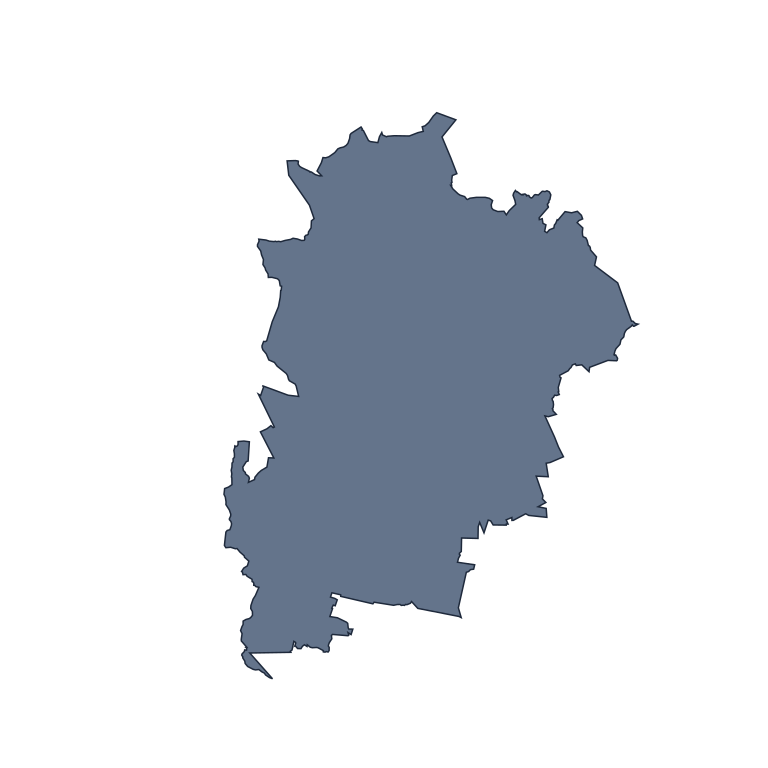 outline of Singuilucan, Hidalgo, Mexico, rotated 242°
{"feature_id": "50627088B74262052277311", "entity_name": "Singuilucan", "entity_type": "district", "adm_level": 2, "iso_a3": "MEX", "parent_name": "Mexico", "parent_adm1": "Hidalgo", "projection": "orthographic", "projection_center": [-98.495, 19.998], "detail": "fine", "context": "isolated", "style": "filled", "palette": "slate", "viewbox_px": 768, "rotation_deg": 242, "n_neighbors": 0, "source": "geoboundaries", "source_scale": "gbopen_adm2", "svg_char_len": 6171}
<svg xmlns="http://www.w3.org/2000/svg" viewBox="0 0 768 768"><g transform="rotate(242 384 384)"><path d="M332.4,183.9L330.6,182.7L327.7,179.5L328.3,176.8L327.5,174.9L316.4,167.3L313.7,167.5L311.8,172.0L308.3,175.4L307.7,177.0L303.2,177.9L298.0,179.9L296.5,179.5L291.1,181.5L287.6,178.0L287.3,173.7L285.3,170.2L284.4,170.7L281.8,170.0L280.7,172.6L278.4,172.9L273.5,175.8L271.5,174.8L270.3,175.6L269.2,175.5L267.4,174.5L266.9,175.3L265.2,175.8L263.2,178.1L257.6,171.1L255.5,167.4L250.9,162.5L248.3,160.9L244.9,161.0L241.5,159.3L240.3,156.5L240.2,154.7L240.9,151.6L240.8,148.3L237.8,146.7L236.4,144.6L233.6,141.6L230.2,141.5L225.6,138.1L224.1,137.4L215.9,139.3L216.2,138.4L215.2,138.8L213.6,137.7L214.6,136.1L213.4,135.2L212.3,131.9L211.4,131.1L209.2,131.2L208.5,130.7L204.7,131.0L202.4,130.2L198.6,131.0L193.5,134.5L191.9,136.3L190.6,139.5L187.2,141.0L184.8,142.7L182.8,142.8L178.6,145.0L176.1,147.2L209.5,139.2L190.8,175.8L192.0,175.8L192.3,177.9L199.1,183.6L197.4,184.6L196.6,184.4L194.6,182.3L194.6,182.7L191.0,183.5L189.3,186.4L190.7,188.9L191.1,191.3L188.4,192.8L189.8,193.8L186.2,195.3L184.8,196.9L183.0,200.8L182.1,201.9L177.0,205.3L176.1,204.6L175.7,204.9L174.9,206.2L174.8,207.5L173.6,208.8L174.4,210.4L177.3,212.0L178.7,211.8L179.9,212.7L181.3,214.3L183.5,218.3L186.6,219.5L187.1,220.9L178.6,234.1L178.8,235.0L181.4,235.5L178.2,237.3L182.2,241.4L184.1,237.9L185.5,237.9L189.7,239.6L191.4,239.0L199.5,233.1L204.1,227.0L209.8,233.1L210.5,232.6L211.6,234.0L212.6,235.4L211.1,236.8L215.4,241.4L217.8,239.9L221.0,236.7L224.1,240.0L218.2,246.8L216.8,246.1L195.1,271.0L196.0,272.8L184.1,288.6L183.1,292.1L181.8,294.7L180.4,295.3L179.7,297.2L178.9,298.1L179.2,299.7L178.4,300.6L178.0,304.4L179.0,306.2L170.0,308.5L143.6,341.0L141.5,342.5L151.5,344.6L179.1,368.3L178.7,370.7L179.5,373.2L178.4,376.2L181.8,379.2L192.1,365.2L195.2,368.0L197.1,370.9L198.3,370.6L199.2,371.2L199.8,373.6L211.6,380.2L203.5,394.5L213.8,400.2L216.9,403.5L205.6,402.4L214.9,412.1L213.1,413.9L208.3,414.2L202.0,425.7L202.9,426.3L202.1,427.8L206.7,428.1L206.1,434.2L203.5,432.9L202.9,434.1L202.9,448.2L200.0,450.1L189.8,465.2L198.0,468.8L203.3,462.4L203.4,471.3L208.2,469.9L210.7,471.9L231.2,475.1L225.0,485.5L237.9,490.0L236.7,493.8L235.5,508.3L246.5,508.5L257.2,509.7L280.3,511.1L278.0,513.7L276.3,521.9L281.0,520.6L282.3,521.2L283.1,521.0L283.7,522.2L286.2,524.0L289.3,525.2L290.4,525.0L292.3,525.6L292.7,527.4L294.0,529.4L292.8,531.0L292.4,533.8L295.2,534.0L295.2,534.7L299.2,536.3L306.3,543.2L307.5,542.6L309.2,543.1L309.2,552.9L310.4,555.2L310.8,556.9L312.4,559.3L312.0,562.4L310.1,562.4L308.1,567.6L298.6,570.8L302.2,573.4L299.7,592.8L295.3,600.3L295.5,601.1L297.0,602.3L300.9,602.2L301.1,601.2L301.8,600.8L304.6,603.3L306.3,605.4L308.3,611.0L311.7,613.9L313.0,617.8L315.8,620.0L317.2,621.9L318.1,623.8L318.9,629.3L319.6,630.9L317.9,631.4L317.6,631.9L317.6,636.4L319.4,634.3L322.7,633.2L323.3,632.0L363.6,637.8L389.8,625.6L396.5,631.3L405.2,629.3L407.8,630.2L409.3,630.2L410.3,629.5L415.5,630.8L418.3,630.8L420.5,629.0L421.9,629.1L425.1,630.5L428.5,632.8L435.8,630.3L436.8,632.7L436.5,636.9L440.3,637.5L445.7,635.8L447.1,630.0L451.2,624.8L447.0,614.4L447.7,614.0L445.2,611.0L444.4,609.1L442.0,607.2L442.5,602.4L441.1,598.9L443.4,597.5L448.5,601.7L451.2,599.8L455.7,601.3L456.2,598.3L457.9,599.0L462.9,612.1L463.6,612.4L464.5,612.0L465.0,612.6L466.0,612.6L467.1,615.1L468.1,615.4L469.0,616.6L468.9,617.0L472.7,620.1L475.9,620.2L478.1,618.6L478.3,616.5L479.7,614.6L479.8,614.0L478.4,609.1L480.2,606.5L480.3,605.5L479.0,602.5L479.1,601.3L480.9,600.3L482.3,600.4L482.9,599.8L483.2,598.2L483.7,598.3L483.7,598.6L485.6,597.7L486.4,595.3L485.9,595.3L486.6,594.1L491.3,591.9L491.4,591.3L493.2,590.9L491.6,588.0L490.0,586.5L484.3,585.7L480.8,584.6L478.3,576.0L475.9,571.4L480.2,571.0L482.9,565.4L486.6,562.2L488.9,561.7L491.9,562.8L495.0,566.0L498.5,564.2L501.3,561.0L505.4,553.3L507.7,547.1L507.7,544.4L508.3,543.8L511.6,543.2L515.1,539.8L517.1,538.7L523.9,536.4L528.0,536.1L527.4,536.9L530.0,537.8L530.1,538.7L532.3,539.5L536.0,542.2L535.5,547.1L552.1,549.1L574.9,551.2L583.5,571.5L598.8,557.9L597.5,553.4L593.9,546.3L592.7,541.4L593.2,538.5L588.6,537.3L590.0,532.0L591.1,522.8L598.4,509.6L601.0,503.6L601.2,502.2L604.6,499.6L607.1,500.1L604.5,496.1L600.0,491.9L604.5,485.7L606.3,484.6L617.6,484.8L618.6,483.8L619.4,484.6L621.7,484.4L620.7,472.6L619.9,471.0L616.8,468.8L613.4,465.1L612.4,462.5L612.2,459.5L613.1,456.3L613.3,453.7L611.4,449.1L610.5,441.9L611.1,438.7L612.6,436.4L608.8,432.6L603.5,424.9L597.1,426.7L598.0,424.8L601.3,421.5L605.3,419.4L605.8,418.2L606.3,418.4L613.8,412.8L615.8,411.7L618.5,411.4L620.9,413.0L621.4,412.6L622.9,410.6L626.5,403.2L613.0,397.9L576.9,402.1L562.8,399.9L562.1,396.5L556.1,392.9L553.7,388.7L551.8,387.4L551.6,386.2L552.0,384.9L551.4,383.1L548.8,381.9L548.3,381.0L549.4,378.6L552.7,375.6L555.4,372.1L555.5,369.5L557.2,364.1L558.1,359.6L559.4,358.0L560.2,355.8L561.0,355.2L561.4,353.7L563.9,349.9L566.5,347.4L570.7,341.4L568.8,340.8L566.4,337.7L564.9,336.9L559.3,337.6L555.5,336.5L550.5,336.0L546.3,333.2L542.3,333.5L540.2,333.0L535.6,333.3L532.4,331.9L530.8,335.1L526.9,339.4L524.5,340.1L519.4,338.4L518.4,339.5L515.1,337.3L515.1,336.7L509.3,333.1L501.7,327.0L491.4,314.5L477.2,300.7L477.2,299.1L478.1,297.7L475.0,294.2L473.5,293.5L471.1,293.1L465.8,294.2L459.3,293.6L454.5,297.4L450.0,298.0L439.2,302.6L436.8,302.8L432.9,301.9L431.2,302.0L425.7,305.5L423.5,305.5L413.1,302.8L419.1,294.1L439.7,275.7L438.2,276.6L431.8,269.7L434.1,268.3L397.5,267.0L397.5,265.6L400.3,264.6L399.4,259.6L399.8,252.4L370.4,252.0L373.1,247.4L365.6,241.6L365.3,235.1L364.4,231.3L362.3,226.3L360.4,224.8L360.8,218.1L364.0,220.9L366.0,221.1L369.7,219.5L371.0,220.0L373.7,219.2L376.9,220.3L380.1,226.0L379.8,227.9L396.2,238.0L399.4,233.5L401.7,228.1L399.0,226.7L398.2,225.3L398.3,223.8L399.4,223.3L399.2,223.0L398.4,222.8L395.8,220.2L392.7,219.2L389.5,217.5L388.9,215.7L386.2,214.3L385.5,212.7L382.0,210.7L379.6,208.6L376.2,207.5L373.5,205.6L372.6,205.6L366.5,202.5L366.0,198.3L366.5,194.2L361.7,190.9L358.7,190.8L354.1,189.2L351.7,187.8L345.4,188.3L341.0,187.6L339.4,186.6L337.6,184.2L336.8,183.8L334.5,184.3L332.4,183.9Z" fill="#64748b" stroke="#1e293b" stroke-width="1.5"/></g></svg>